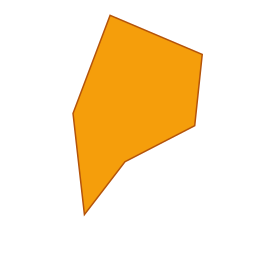 map outline of Angeles (orthographic projection), rotated 293°
{"feature_id": "PHL-5538", "entity_name": "Angeles", "entity_type": "Highly Urbanized City", "adm_level": 1, "iso_a3": "PHL", "parent_name": "Philippines", "parent_adm1": "", "projection": "orthographic", "projection_center": [120.591, 15.141], "detail": "fine", "context": "isolated", "style": "filled", "palette": "amber", "viewbox_px": 256, "rotation_deg": 293, "n_neighbors": 0, "source": "natural_earth", "source_scale": "10m", "svg_char_len": 250}
<svg xmlns="http://www.w3.org/2000/svg" viewBox="0 0 256 256"><g transform="rotate(293 128 128)"><path d="M224.7,67.5L224.7,167.6L156.2,188.5L95.8,138.4L31.3,121.7L119.9,71.7L224.7,67.5Z" fill="#f59e0b" stroke="#b45309" stroke-width="1.5"/></g></svg>